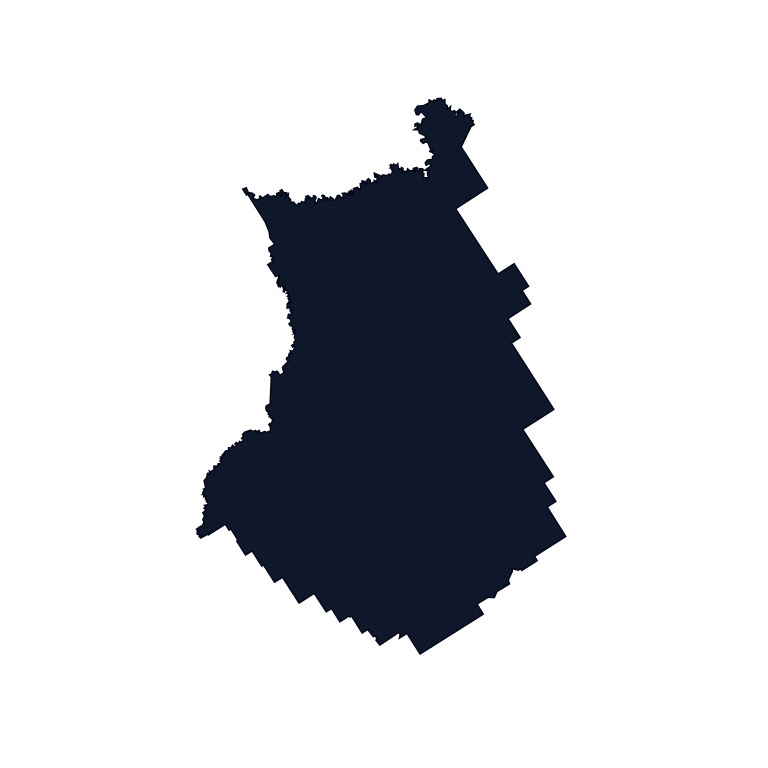 the district of Balranald, New South Wales, Australia, rotated 140°
{"feature_id": "25037944B43785864788030", "entity_name": "Balranald", "entity_type": "district", "adm_level": 2, "iso_a3": "AUS", "parent_name": "Australia", "parent_adm1": "New South Wales", "projection": "mercator", "projection_center": [143.52, -34.044], "detail": "fine", "context": "isolated", "style": "filled", "palette": "ink", "viewbox_px": 768, "rotation_deg": 140, "n_neighbors": 0, "source": "geoboundaries", "source_scale": "gbopen_adm2", "svg_char_len": 6147}
<svg xmlns="http://www.w3.org/2000/svg" viewBox="0 0 768 768"><g transform="rotate(140 384 384)"><path d="M380.2,150.2L379.5,155.2L342.8,150.4L338.0,184.9L327.8,183.6L325.0,205.5L313.9,204.1L306.9,260.1L270.2,255.4L260.1,333.5L249.9,332.1L247.0,354.4L220.2,351.1L218.2,366.9L210.4,365.9L207.0,392.5L225.9,394.9L216.5,472.2L178.7,467.5L172.5,516.0L151.9,525.3L148.3,524.7L148.0,527.3L146.3,528.6L147.8,530.3L145.7,531.5L146.9,533.9L144.4,535.3L148.3,537.4L151.1,536.5L148.5,540.4L149.3,545.8L153.1,545.7L153.7,544.4L151.8,543.5L154.5,543.8L155.8,541.8L158.0,543.5L154.1,546.4L154.5,548.3L156.2,548.3L157.6,551.0L154.6,553.8L158.7,553.8L156.7,556.5L157.4,559.0L154.6,562.8L157.3,563.8L156.5,566.0L160.0,568.6L161.8,566.8L162.9,569.4L165.4,569.3L166.8,572.6L169.0,570.4L175.0,571.9L179.7,575.3L184.3,574.0L186.0,569.5L184.5,568.0L181.7,568.8L180.4,567.9L180.0,560.5L184.1,562.1L189.2,558.6L190.5,562.3L193.0,563.2L194.6,561.8L192.5,560.6L192.9,558.8L197.4,559.4L194.2,556.6L195.6,553.3L193.0,548.0L194.1,545.4L198.7,547.6L199.8,546.7L199.3,543.1L196.5,542.6L195.2,540.6L197.6,533.3L199.4,532.8L199.1,531.8L195.2,531.7L198.3,530.5L197.5,526.8L200.7,527.0L202.5,524.9L206.7,527.7L210.2,527.0L211.1,524.4L207.5,523.8L207.8,520.9L215.4,521.5L212.5,518.6L214.5,518.3L216.2,516.3L217.1,513.0L221.1,516.7L218.1,519.6L219.2,521.4L216.1,522.5L216.1,524.2L218.5,526.3L219.6,524.0L221.2,524.1L219.6,528.8L222.8,530.2L222.9,527.7L224.0,527.1L224.2,529.2L227.1,530.3L227.6,533.6L230.2,531.9L231.9,534.2L233.6,534.1L230.8,537.0L231.5,538.6L232.5,537.1L234.3,540.0L231.9,543.9L234.4,543.6L235.2,546.4L237.4,545.7L237.5,547.7L239.0,547.5L238.5,545.6L240.4,545.5L238.9,544.0L240.4,543.3L240.7,541.2L245.4,539.4L245.1,541.6L247.3,541.4L250.8,545.1L253.0,543.9L252.8,545.5L255.9,551.7L258.0,548.5L256.5,545.4L258.8,544.7L259.5,543.2L260.6,546.2L262.0,545.1L265.5,546.1L263.5,549.3L263.9,551.3L266.4,551.1L267.0,548.5L268.7,548.5L268.1,550.9L270.2,553.7L271.3,552.8L269.8,550.8L270.4,549.3L271.8,552.2L273.5,552.7L276.9,547.3L278.1,551.9L281.7,553.3L284.5,551.0L285.8,548.0L287.7,549.7L285.6,549.6L284.7,553.4L289.1,551.1L287.1,553.8L290.4,553.1L290.7,555.0L293.4,556.8L293.5,555.3L296.4,552.4L297.2,557.7L298.9,558.1L300.5,555.5L300.2,557.5L302.9,556.3L304.6,557.4L303.9,558.4L304.8,561.7L308.7,560.7L309.4,561.4L307.6,563.0L309.2,564.2L308.7,566.7L309.9,568.3L310.8,568.0L310.8,565.4L313.3,564.8L315.1,568.1L318.6,565.6L320.5,566.7L319.3,566.8L320.0,568.5L316.3,570.4L315.8,572.0L317.0,573.5L318.1,572.2L320.3,572.9L321.1,577.0L323.2,577.8L322.7,575.2L324.8,576.7L327.9,573.8L330.0,576.7L332.3,575.5L333.1,577.3L336.6,577.1L336.2,581.0L338.8,583.5L337.1,585.1L337.1,589.1L334.9,591.2L337.9,591.3L335.7,593.0L337.8,595.1L337.3,598.5L339.4,598.9L340.3,594.9L341.8,594.5L341.3,598.1L343.8,598.9L344.1,597.6L346.4,596.9L347.2,598.9L350.6,600.5L351.2,603.8L357.6,604.5L358.0,607.7L359.2,607.2L359.0,605.8L362.9,606.6L365.1,610.5L361.6,612.0L362.4,615.0L364.8,617.8L363.4,622.9L367.0,624.1L367.9,617.1L366.4,616.9L370.8,584.7L374.0,574.7L377.5,569.2L377.8,561.3L384.9,562.3L386.5,559.6L386.3,556.6L388.9,554.7L386.9,551.3L390.1,551.8L390.4,549.4L396.3,550.2L398.0,536.0L393.7,534.8L396.0,535.0L394.9,534.6L395.1,532.5L396.0,533.7L396.8,532.3L397.9,532.9L397.2,532.1L398.6,532.0L398.1,530.3L399.1,529.7L398.8,531.1L399.7,531.3L399.6,529.8L400.1,530.8L401.2,530.1L400.2,528.3L402.7,527.8L401.6,527.9L401.9,526.5L400.4,527.1L401.2,525.0L398.4,525.4L399.2,522.9L398.0,523.6L397.3,523.1L401.7,519.6L401.1,518.5L399.3,519.8L397.8,516.7L400.0,516.2L398.7,515.6L399.7,515.2L399.1,513.8L401.7,513.1L400.1,511.1L402.6,511.0L403.0,506.6L404.0,507.9L404.5,506.7L404.8,507.8L406.7,507.5L409.5,504.4L406.6,502.6L408.9,500.4L407.7,499.5L409.1,498.8L408.2,497.2L409.1,497.8L410.0,496.4L412.3,498.8L414.3,497.4L413.9,496.4L415.3,496.4L414.3,494.9L414.5,491.6L418.3,491.1L418.3,488.7L416.8,487.2L418.9,484.9L417.4,483.0L419.7,483.2L420.2,482.0L419.3,482.4L418.6,480.7L420.6,480.4L419.2,479.8L422.7,477.4L423.6,474.0L426.0,474.1L427.1,472.2L429.9,472.9L430.2,471.3L428.9,471.9L428.4,470.8L430.3,468.5L433.3,467.8L434.4,469.7L435.9,467.1L436.7,468.3L438.4,467.4L438.7,465.9L441.7,466.7L443.0,465.4L442.2,463.0L450.8,462.1L452.5,459.4L452.1,458.3L454.4,457.0L457.5,457.5L458.4,459.6L457.5,460.4L457.8,462.7L459.2,462.8L461.1,465.3L464.5,463.7L465.6,464.5L465.9,461.7L484.0,442.0L488.1,442.9L489.7,442.0L491.2,439.2L490.7,435.5L492.1,435.2L491.5,433.9L492.7,432.9L491.7,432.5L492.7,431.3L491.9,428.4L495.9,425.9L496.7,427.2L498.3,426.9L498.5,424.5L501.4,420.3L502.1,421.6L504.9,422.2L505.9,424.3L510.4,425.7L509.6,428.8L512.3,429.1L512.2,430.9L514.9,431.9L515.9,434.4L521.5,436.6L524.8,436.3L524.5,435.0L528.0,433.8L527.2,431.6L529.3,431.0L531.7,431.7L531.6,432.7L534.1,431.9L534.8,434.2L536.8,433.8L536.3,431.3L538.6,431.5L539.5,434.5L542.3,433.1L544.0,435.1L546.2,432.7L548.0,434.5L551.0,434.0L551.0,432.6L553.2,433.8L555.0,432.0L556.2,433.2L557.1,432.2L556.1,432.1L556.9,431.3L556.1,431.0L556.2,430.7L559.3,430.4L558.7,429.1L559.9,427.8L562.3,429.4L564.3,428.1L567.2,430.4L569.1,427.7L573.2,428.1L573.8,429.4L574.3,427.6L576.8,429.0L579.9,426.3L583.9,425.6L587.5,418.8L589.7,419.5L589.6,418.5L592.3,417.4L591.8,416.5L594.0,416.1L593.3,415.5L594.5,413.4L593.2,413.5L593.1,412.2L594.9,410.4L594.1,408.5L595.6,408.2L595.2,406.0L596.5,404.7L599.3,406.3L598.9,405.1L601.7,404.6L601.4,401.9L605.6,401.8L606.1,398.6L609.9,396.5L610.8,393.7L615.6,391.9L615.9,392.9L620.9,393.3L620.6,391.0L621.4,391.6L623.5,389.3L622.3,386.2L623.6,385.9L623.4,383.8L615.4,382.2L615.5,381.3L595.7,378.6L596.6,371.5L594.4,371.2L596.3,358.1L597.8,358.3L600.0,342.0L592.3,340.9L594.7,323.1L592.6,322.8L595.3,302.5L586.0,301.2L588.7,280.4L587.9,279.3L588.9,278.5L589.9,270.8L572.0,268.5L574.7,246.6L568.5,245.8L570.6,230.2L559.8,228.8L559.9,227.4L558.0,227.1L560.8,207.3L554.3,206.4L554.6,197.3L552.7,196.9L552.9,193.2L554.8,193.0L555.1,186.7L532.3,184.2L532.7,181.6L535.6,179.4L526.7,178.2L529.9,154.0L455.9,143.9L454.2,155.6L441.6,153.8L436.8,149.5L431.0,152.4L416.3,150.2L414.9,153.9L406.2,158.0L404.6,160.1L400.7,155.0L398.1,154.7L398.3,152.6L380.2,150.2Z" fill="#0f172a" stroke="#020617" stroke-width="1.5"/></g></svg>